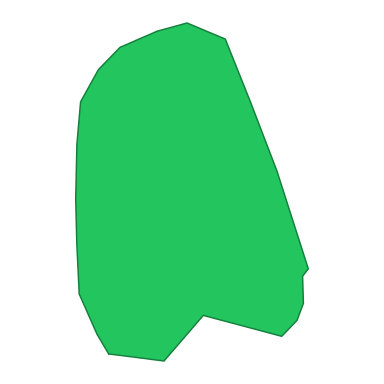 the Unitary Authority of Blackburn with Darwen
{"feature_id": "GBR-2122", "entity_name": "Blackburn with Darwen", "entity_type": "Unitary Authority", "adm_level": 1, "iso_a3": "GBR", "parent_name": "United Kingdom", "parent_adm1": "", "projection": "albers", "projection_center": [-2.45, 53.698], "detail": "fine", "context": "isolated", "style": "filled", "palette": "green", "viewbox_px": 384, "rotation_deg": 0, "n_neighbors": 0, "source": "natural_earth", "source_scale": "10m", "svg_char_len": 407}
<svg xmlns="http://www.w3.org/2000/svg" viewBox="0 0 384 384"><path d="M187.0,23.0L225.3,39.1L250.4,101.8L276.8,170.6L300.8,245.4L308.3,268.8L302.6,276.2L303.4,303.4L297.0,320.4L281.7,336.3L203.3,315.4L164.0,361.0L109.3,354.0L108.9,354.3L97.1,334.4L79.2,294.0L76.8,243.4L75.7,198.9L76.9,144.2L80.6,101.8L98.5,69.5L120.1,47.3L157.1,31.2L187.0,23.0Z" fill="#22c55e" stroke="#15803d" stroke-width="1.5"/></svg>